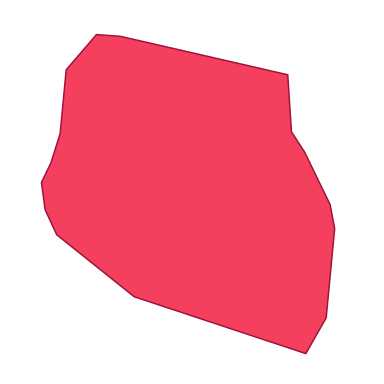 an SVG outline of Grad, rotated 98°
{"feature_id": "SVN-202", "entity_name": "Grad", "entity_type": "Municipality", "adm_level": 1, "iso_a3": "SVN", "parent_name": "Slovenia", "parent_adm1": "", "projection": "robinson", "projection_center": [16.093, 46.798], "detail": "fine", "context": "isolated", "style": "filled", "palette": "rose", "viewbox_px": 384, "rotation_deg": 98, "n_neighbors": 0, "source": "natural_earth", "source_scale": "10m", "svg_char_len": 364}
<svg xmlns="http://www.w3.org/2000/svg" viewBox="0 0 384 384"><g transform="rotate(98 192 192)"><path d="M336.2,56.8L303.8,234.6L253.2,320.0L230.0,335.0L203.6,342.4L182.5,335.7L152.5,330.7L88.5,333.6L49.4,308.5L47.8,284.8L62.6,113.5L118.5,101.9L136.7,86.1L185.2,53.5L208.4,45.6L298.0,41.6L336.2,56.8Z" fill="#f43f5e" stroke="#9f1239" stroke-width="1.5"/></g></svg>